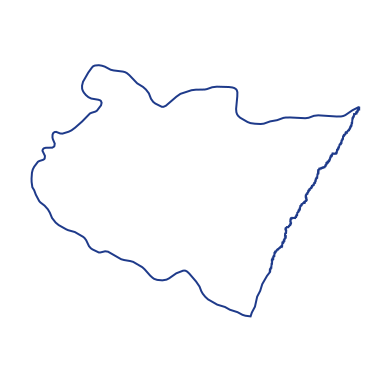 Villa Vázquez, Monte Cristi, Dominican Republic, rotated 94°
{"feature_id": "3306468B4250882356752", "entity_name": "Villa Vázquez", "entity_type": "district", "adm_level": 2, "iso_a3": "DOM", "parent_name": "Dominican Republic", "parent_adm1": "Monte Cristi", "projection": "albers", "projection_center": [-71.426, 19.801], "detail": "fine", "context": "isolated", "style": "outline", "palette": "blue", "viewbox_px": 384, "rotation_deg": 94, "n_neighbors": 0, "source": "geoboundaries", "source_scale": "gbopen_adm2", "svg_char_len": 5814}
<svg xmlns="http://www.w3.org/2000/svg" viewBox="0 0 384 384"><g transform="rotate(94 192 192)"><path d="M198.4,351.6L201.2,349.6L205.6,347.6L211.7,343.8L212.9,342.6L215.9,338.1L219.3,334.6L222.5,332.4L227.7,329.8L232.0,325.9L234.3,322.7L238.0,314.9L238.7,313.0L240.1,306.1L244.3,297.5L245.4,296.0L247.5,294.2L253.2,291.0L255.2,289.0L256.2,287.3L258.8,280.8L258.7,279.2L257.2,274.5L257.4,271.6L264.0,258.0L264.6,255.0L265.2,248.8L265.8,245.8L270.5,236.3L272.4,233.9L278.3,227.9L280.2,225.5L281.3,223.7L282.1,220.6L282.2,215.4L281.2,211.3L279.7,208.8L274.2,202.0L271.1,195.4L270.9,193.8L271.0,192.9L271.8,191.2L273.6,189.0L281.0,181.7L285.8,177.9L290.3,175.8L292.7,174.2L295.6,171.5L298.0,168.5L302.6,159.0L304.4,151.1L306.8,146.0L308.7,138.2L311.0,133.1L311.7,130.1L312.0,124.9L308.1,123.9L302.0,121.2L291.9,119.7L285.9,117.1L279.0,115.5L270.4,111.3L266.2,108.5L265.6,108.5L265.6,108.9L264.0,108.9L264.0,108.5L263.2,108.5L263.1,108.1L262.0,108.1L262.0,107.6L258.0,107.6L258.0,107.2L254.8,107.2L254.8,107.6L254.0,107.6L254.0,107.2L253.6,107.2L253.6,106.7L252.8,106.8L252.9,106.3L250.8,106.4L250.7,105.9L250.0,105.9L250.0,105.4L247.2,105.5L247.2,105.1L246.4,105.1L246.4,104.7L245.6,104.7L245.6,104.2L245.2,104.2L244.8,103.5L244.0,103.4L243.6,102.5L243.2,102.5L243.2,102.1L242.8,102.1L242.4,101.3L242.0,101.3L241.6,100.4L241.2,100.4L241.2,100.0L240.4,99.6L240.5,99.0L240.0,99.1L240.0,98.8L239.6,98.7L239.7,98.3L236.4,98.3L236.4,97.8L236.0,97.9L236.0,97.4L235.2,97.4L235.2,97.0L234.0,97.0L234.1,96.5L232.8,96.6L232.7,96.2L231.6,96.2L231.2,95.3L229.6,95.3L229.6,95.7L229.2,95.7L229.2,96.2L226.8,96.2L226.4,95.3L224.0,95.3L224.0,95.7L222.9,95.7L222.8,96.2L222.0,96.2L222.0,95.7L221.2,95.7L220.8,94.9L220.4,94.9L220.4,93.6L220.0,93.6L219.5,92.8L218.8,92.8L218.4,91.9L217.6,91.9L217.6,91.5L216.4,91.5L216.4,91.0L216.1,91.0L216.0,91.5L214.4,91.5L214.4,91.9L212.4,91.9L212.3,91.5L211.6,91.5L211.6,91.1L211.2,91.1L211.2,90.2L210.8,90.2L210.8,87.6L210.4,87.7L210.0,86.8L209.6,86.8L209.6,86.4L208.4,86.4L208.3,86.0L207.6,86.0L207.6,85.5L205.3,85.5L204.8,84.8L204.0,84.7L204.0,84.3L202.9,84.3L202.9,83.8L202.1,83.8L202.1,83.4L201.2,83.4L201.3,83.1L198.4,83.0L198.1,82.1L197.3,82.1L197.3,81.7L196.4,81.7L196.1,80.9L195.3,80.4L195.2,79.6L194.8,79.6L194.9,79.2L194.5,79.2L194.5,78.7L193.6,78.8L193.2,77.9L192.8,77.9L192.8,77.5L192.0,77.5L192.0,77.0L191.6,77.0L191.6,77.5L190.0,77.5L190.0,77.9L188.8,77.9L188.8,78.3L187.7,78.3L187.7,77.9L186.4,77.9L186.0,77.0L185.3,77.0L185.3,76.6L184.5,76.6L184.2,76.2L183.2,76.2L183.2,75.8L182.5,75.8L182.5,75.4L181.7,75.3L181.7,74.8L180.9,74.9L180.8,74.5L180.1,74.1L180.0,73.6L179.7,73.6L179.7,73.3L178.9,73.2L178.9,72.8L177.7,72.8L177.7,72.4L177.3,72.4L176.9,71.5L176.5,71.5L176.5,71.1L175.7,71.1L175.4,70.7L174.5,70.7L174.4,70.2L174.1,70.2L174.1,69.8L172.1,69.8L172.1,69.3L170.5,69.4L170.4,69.0L169.3,68.9L169.3,68.5L168.9,68.5L168.9,68.1L165.7,68.1L165.6,67.8L164.5,67.7L164.5,67.2L163.2,67.2L163.3,67.7L161.3,67.7L160.9,66.8L160.5,66.8L160.5,66.4L159.7,66.4L159.7,65.1L159.3,65.1L159.2,64.3L158.9,64.3L158.9,63.4L158.5,63.4L158.4,62.6L158.1,62.6L158.1,61.7L157.7,61.7L157.3,60.9L156.5,60.9L156.5,60.5L155.7,60.5L155.5,60.0L154.1,60.0L154.1,59.5L153.7,59.6L153.7,59.2L153.3,59.2L153.3,58.7L152.5,58.8L152.5,58.3L152.1,58.3L152.1,57.9L151.7,57.9L151.6,57.4L150.9,57.5L150.8,57.1L150.1,57.1L150.1,56.7L149.7,56.6L148.1,56.6L148.0,56.2L146.9,56.2L146.9,55.8L146.5,55.8L146.5,55.3L145.7,55.4L145.7,54.9L144.9,54.9L144.8,54.6L144.1,54.5L144.0,54.0L143.7,54.1L143.7,53.2L144.0,53.2L144.0,52.4L143.7,52.4L143.7,51.1L143.3,51.1L143.3,50.7L142.5,50.7L142.5,50.3L141.9,50.3L140.1,50.3L140.1,49.8L139.3,49.8L139.2,49.4L138.5,49.4L138.5,49.0L137.3,49.0L137.3,48.5L134.5,48.1L134.4,47.8L134.1,47.7L134.1,47.3L133.7,47.3L133.7,46.9L132.5,46.9L132.5,46.3L130.5,46.4L130.5,46.1L129.7,46.0L129.5,45.6L128.5,45.6L128.4,45.1L126.1,45.2L126.0,44.8L125.3,44.7L125.3,44.3L124.5,44.3L124.5,43.9L124.1,43.9L123.7,43.0L122.5,43.0L122.4,42.6L122.1,42.6L122.1,42.0L121.7,42.2L121.7,41.7L121.3,41.7L120.8,41.0L120.1,40.9L119.7,40.0L119.3,40.0L119.3,39.6L118.5,39.6L118.4,39.4L117.7,39.2L117.7,38.8L116.5,38.8L116.5,38.4L115.3,38.3L115.3,37.9L114.5,37.9L114.5,37.5L112.1,37.5L112.1,37.1L107.3,37.1L107.3,36.6L106.1,36.6L106.0,36.3L105.3,36.2L105.3,35.8L103.3,35.8L103.2,35.3L102.9,35.4L102.9,34.5L102.1,34.1L102.2,33.6L101.3,33.7L101.4,33.2L100.5,33.1L100.5,32.8L100.1,32.8L100.1,32.4L98.9,32.4L98.9,32.0L98.1,32.0L98.1,31.5L97.7,31.5L97.8,31.0L96.0,31.1L95.8,31.9L99.3,37.7L104.6,44.4L105.6,46.3L106.2,48.4L106.6,52.9L106.7,71.4L107.5,75.7L109.8,80.8L110.5,84.1L110.8,99.2L111.2,103.8L111.7,106.0L114.4,112.1L116.1,118.9L118.8,125.1L119.4,128.3L119.5,134.0L119.2,138.5L118.3,141.5L114.5,149.2L112.7,151.4L111.2,152.5L109.3,153.3L106.1,153.8L93.5,153.5L89.3,153.7L87.4,154.4L86.5,155.1L85.4,156.9L84.9,159.0L84.7,162.4L85.2,174.5L86.1,179.2L88.3,184.3L88.9,186.5L89.7,195.5L90.5,199.6L94.9,210.4L98.0,214.2L107.8,224.1L109.0,226.4L109.1,228.1L106.3,234.8L104.8,237.0L101.9,239.4L96.6,241.9L93.0,245.1L90.6,248.2L87.4,254.3L79.7,262.8L77.9,265.3L77.1,267.2L76.7,269.3L76.2,278.7L75.7,281.7L73.0,287.8L72.3,290.7L72.0,293.8L72.6,297.6L73.4,299.3L74.8,300.5L80.1,303.8L89.6,308.4L93.6,309.1L96.7,308.8L98.6,308.0L100.4,306.8L102.7,304.6L104.6,302.0L105.8,299.0L106.5,291.8L107.0,290.0L107.6,289.2L109.3,288.4L111.9,288.8L117.5,292.5L118.5,293.9L120.0,297.8L120.8,299.3L129.3,306.5L135.9,313.0L138.9,316.5L140.5,319.3L142.8,325.3L142.8,327.6L141.5,331.7L141.8,333.3L143.0,334.6L144.6,335.1L147.3,335.0L149.0,334.5L153.3,332.3L155.8,332.5L156.5,333.0L157.5,334.5L158.1,341.1L158.7,342.7L159.2,343.3L160.6,344.0L161.4,344.0L166.3,341.2L168.7,341.3L169.4,341.6L170.3,342.8L171.7,346.4L172.6,347.8L177.8,351.2L180.6,352.4L183.9,353.0L189.7,353.0L193.1,352.7L198.4,351.6Z" fill="none" stroke="#1e3a8a" stroke-width="2"/></g></svg>